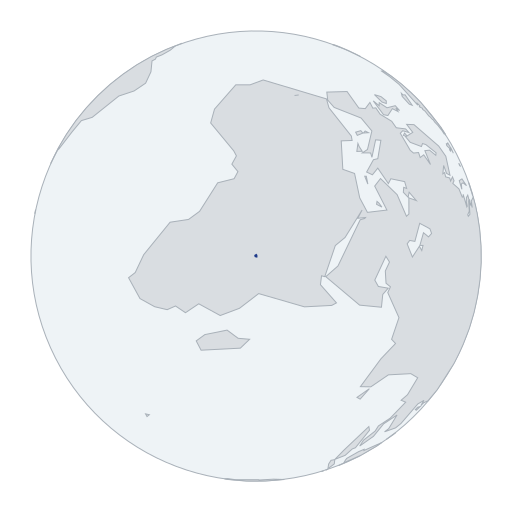 Ntungamo highlighted on a globe, orthographic projection, rotated 63°
{"feature_id": "UGA-3372", "entity_name": "Ntungamo", "entity_type": "District", "adm_level": 1, "iso_a3": "UGA", "parent_name": "Uganda", "parent_adm1": "", "projection": "orthographic", "projection_center": [30.302, -0.955], "detail": "fine", "context": "on_globe", "style": "filled", "palette": "blue", "viewbox_px": 512, "rotation_deg": 63, "n_neighbors": 0, "source": "natural_earth", "source_scale": "10m", "svg_char_len": 6297}
<svg xmlns="http://www.w3.org/2000/svg" viewBox="0 0 512 512"><g transform="rotate(63 256 256)"><circle cx="256" cy="256" r="225" fill="#eef3f6" stroke="#a8b0b8"/><path d="M125.8,72.2L121.6,75.3L118.1,78.0L114.1,81.0L125.8,72.2ZM32.8,225.3L32.2,232.4L33.7,238.9L34.1,248.5L33.5,254.5L34.9,256.2L35.0,260.1L44.2,266.0L51.9,275.9L53.6,289.7L51.2,305.6L58.1,339.0L56.1,350.1L61.9,363.5L71.1,382.9L69.1,381.6L76.1,391.1L80.2,396.9L80.4,397.1L70.4,383.7L61.5,369.7L53.6,355.0L46.9,339.8L41.3,324.1L36.8,308.0L33.6,291.7L31.5,275.2L30.7,258.5L31.2,241.9L32.8,225.3ZM116.6,433.0L114.6,431.3L116.0,432.3L117.9,434.0L117.0,433.3L116.6,433.0ZM428.7,111.4L430.4,113.5L434.8,119.0L439.8,125.8L440.7,127.0L442.0,128.9L457.5,155.3L463.1,168.5L462.9,173.2L464.1,177.1L460.9,171.9L461.3,179.0L471.1,203.0L472.5,209.7L471.0,221.3L470.1,216.2L461.7,202.5L463.5,218.5L470.0,233.2L472.4,249.9L468.9,243.9L466.1,229.4L463.0,224.1L461.4,210.0L454.2,189.0L450.4,192.2L448.4,184.0L437.9,167.2L431.1,171.5L422.0,192.0L424.7,213.1L419.8,222.3L404.3,191.3L397.3,171.4L391.8,173.0L375.8,156.6L348.4,155.2L344.5,150.2L339.3,152.5L328.1,147.6L322.0,139.8L315.2,140.4L331.4,161.1L338.7,160.8L344.7,152.8L347.8,160.5L358.6,167.5L346.8,186.0L306.1,203.2L302.1,187.5L271.0,146.7L271.9,142.3L271.8,141.8L271.4,140.9L268.6,148.2L263.2,140.6L279.9,168.2L282.7,180.6L305.6,204.1L303.4,206.6L310.8,211.6L334.3,205.6L334.4,211.0L323.3,235.9L290.7,270.7L295.1,294.4L292.8,314.9L272.6,328.7L274.5,344.6L264.0,350.4L263.5,359.5L255.2,369.3L241.3,378.7L217.5,379.4L215.9,371.1L203.8,355.4L186.9,317.2L192.8,299.5L190.6,286.0L173.4,256.9L177.2,240.4L172.6,233.8L163.2,235.8L157.9,228.0L152.2,228.1L116.9,236.0L106.3,226.3L94.3,196.3L100.8,183.5L102.4,169.7L148.0,121.9L157.1,123.7L192.4,116.6L196.7,117.9L192.1,127.8L218.2,139.3L227.2,130.7L251.3,137.2L267.7,136.9L274.5,118.5L247.6,118.5L243.5,109.9L265.4,102.4L288.9,103.9L288.0,100.7L273.6,93.4L279.4,88.0L268.7,90.6L272.7,93.8L266.1,95.8L261.9,93.2L264.2,91.1L257.2,89.8L248.4,100.8L251.6,105.2L233.0,107.6L236.5,115.4L231.4,119.3L223.5,107.6L224.6,103.3L209.6,92.2L206.8,96.7L220.7,107.9L216.2,107.1L212.4,114.5L211.7,108.3L197.2,96.0L180.8,99.7L159.1,118.9L149.6,121.3L142.1,118.5L150.8,100.2L170.9,97.2L174.3,91.7L170.9,84.8L177.3,84.8L178.4,82.0L186.1,81.0L197.6,73.9L205.4,72.8L210.7,65.0L215.4,63.7L211.0,68.4L212.1,71.7L231.8,70.6L235.8,68.9L237.6,64.2L242.8,65.0L242.0,60.6L253.7,59.0L238.8,57.7L240.5,53.3L247.9,50.1L245.8,48.7L233.8,54.1L231.4,56.6L233.6,58.9L224.7,67.0L217.8,68.6L217.0,60.2L207.1,62.0L210.7,55.6L241.0,43.3L253.3,41.6L272.1,46.5L268.9,48.7L260.5,47.7L267.6,52.2L267.3,50.1L271.6,51.1L274.4,48.0L277.6,48.6L274.7,45.0L278.9,45.4L280.7,47.7L288.3,44.7L297.2,45.5L297.4,44.6L295.1,43.4L308.0,45.9L307.6,45.2L303.2,44.0L299.5,42.0L297.9,39.7L302.5,40.7L303.6,41.6L312.9,45.6L315.3,48.6L317.0,48.8L316.0,46.5L304.7,41.6L302.5,40.0L308.4,42.0L306.1,41.1L306.4,40.7L311.0,41.3L304.7,39.2L302.2,35.7L310.8,37.5L316.3,39.1L317.6,39.3L333.6,44.5L349.1,50.9L364.2,58.4L378.6,67.0L392.3,76.7L405.3,87.3L417.5,98.9L428.7,111.4ZM131.9,144.8L130.5,148.8L131.9,144.8ZM313.8,115.8L327.9,117.1L321.5,106.0L326.4,105.8L322.4,102.4L321.0,105.2L311.3,96.2L317.3,93.6L315.6,89.3L310.7,88.7L301.2,95.3L315.1,107.8L311.9,112.0L313.8,115.8ZM107.7,86.4L116.5,79.2L110.8,83.8L107.6,87.0L102.4,91.9L105.2,89.0L102.5,91.4L104.5,89.3L107.7,86.4ZM176.9,69.5L179.3,70.7L176.0,73.9L166.0,77.2L170.7,72.3L176.9,69.5ZM183.4,72.0L185.3,63.7L191.6,62.0L187.8,64.3L191.7,63.9L186.6,67.6L190.7,74.7L188.0,78.2L171.0,81.1L178.0,78.0L175.3,76.6L183.4,72.0ZM179.2,51.9L180.1,50.0L192.6,48.4L190.3,50.5L180.2,53.3L177.0,52.6L179.2,51.9ZM224.6,32.9L224.5,33.0L227.8,32.5L233.3,32.0L233.8,32.3L229.0,32.6L233.0,32.9L226.4,33.6L227.3,33.7L222.3,34.6L217.8,36.0L215.0,36.3L214.5,36.8L211.2,37.7L209.5,38.5L203.7,39.6L201.2,40.9L199.9,40.7L197.2,42.7L196.6,41.8L192.3,43.3L195.1,43.4L168.0,50.6L157.1,55.4L148.2,60.2L148.5,58.9L156.9,54.0L169.1,48.2L179.6,44.2L177.8,44.8L182.3,43.1L181.8,43.4L185.3,42.1L188.8,41.0L193.9,39.4L224.6,32.9ZM202.0,114.1L205.4,114.4L210.9,113.8L208.6,118.7L202.0,114.1ZM191.9,105.7L195.0,105.0L194.5,111.0L190.9,111.0L191.9,105.7ZM197.2,99.8L195.2,104.5L194.2,102.0L197.2,99.8ZM213.9,67.8L217.3,67.0L217.5,68.1L215.4,69.9L213.9,67.8ZM244.3,35.9L242.0,35.4L243.1,35.1L242.3,33.8L247.0,33.5L249.4,34.2L244.3,35.9ZM269.6,121.6L264.7,125.1L262.3,123.4L264.5,122.5L269.6,121.6ZM235.0,121.5L242.7,123.7L234.3,122.9L235.0,121.5ZM249.3,35.3L248.4,34.7L251.4,35.0L249.3,35.3ZM250.5,33.3L254.0,33.5L247.5,33.3L250.5,33.3ZM349.0,423.1L349.6,426.0L346.5,426.1L349.0,423.1ZM331.0,311.8L315.0,347.7L304.5,347.8L302.8,337.2L308.9,315.4L321.2,309.3L327.3,299.5L331.0,311.8ZM477.8,295.7L478.1,293.3L477.9,294.7L477.8,295.7ZM478.5,288.9L478.6,290.0L478.1,291.1L478.5,288.9ZM478.6,290.4L478.6,290.5L478.7,290.2L478.6,290.4ZM478.2,288.5L474.3,285.7L472.1,281.9L473.2,278.2L476.8,280.7L478.2,288.5ZM473.0,278.0L468.9,265.8L459.2,232.9L462.8,234.0L472.0,254.5L471.6,257.7L474.1,267.1L473.0,278.0ZM480.7,261.6L480.1,271.5L478.5,269.1L477.5,266.9L476.9,253.6L477.3,247.4L478.3,248.1L479.3,228.6L480.2,234.7L480.6,243.1L481.2,252.4L480.7,261.6ZM425.7,215.2L430.8,228.2L427.8,230.2L425.7,215.2ZM477.5,214.7L478.5,223.0L476.8,211.5L477.5,214.7ZM466.2,183.2L465.2,183.8L464.1,180.6L464.7,178.1L466.2,183.2ZM288.9,36.5L284.8,38.3L285.0,40.3L290.0,42.3L281.1,40.7L280.8,37.5L288.9,36.5ZM300.1,35.5L295.6,34.4L298.6,34.9L300.1,35.2L300.1,35.5ZM296.6,34.8L289.0,33.6L287.2,33.1L293.5,34.1L296.6,34.8ZM269.2,33.1L267.6,33.5L265.3,33.2L269.2,33.1ZM441.8,383.4L440.2,385.3L441.5,382.3L446.0,375.8L456.8,354.7L456.8,355.4L462.8,341.7L468.0,332.2L460.7,350.0L452.0,367.1L441.8,383.4ZM480.2,277.7L480.3,277.1L480.9,266.9L481.3,255.4L481.3,253.4L481.3,255.0L481.3,256.1L480.2,277.7Z" fill="#d9dde1" stroke="#a8b0b8" stroke-width="1"/><path d="M256.6,256.4L256.4,256.5L256.3,256.4L256.2,256.4L256.1,256.5L256.0,256.8L255.9,256.8L255.7,256.8L255.4,256.8L255.2,256.7L255.0,256.4L255.0,256.2L255.1,255.9L255.0,255.7L255.1,255.4L255.0,255.2L255.3,255.1L255.6,255.1L255.9,255.2L255.8,255.3L256.0,255.4L256.2,255.5L256.4,255.4L256.5,255.4L256.6,255.5L256.8,255.5L257.0,255.5L257.0,255.4L257.1,255.6L257.0,255.8L256.9,255.8L256.9,256.0L256.7,256.3L256.6,256.4Z" fill="#3b82f6" stroke="#1e3a8a" stroke-width="1.5"/></g></svg>